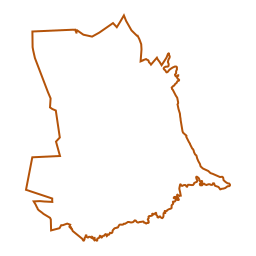 outline of Xilitla, San Luis Potosí, Mexico
{"feature_id": "50627088B96326519449072", "entity_name": "Xilitla", "entity_type": "district", "adm_level": 2, "iso_a3": "MEX", "parent_name": "Mexico", "parent_adm1": "San Luis Potosí", "projection": "equal_earth", "projection_center": [-98.973, 21.391], "detail": "fine", "context": "isolated", "style": "outline", "palette": "amber", "viewbox_px": 256, "rotation_deg": 0, "n_neighbors": 0, "source": "geoboundaries", "source_scale": "gbopen_adm2", "svg_char_len": 5856}
<svg xmlns="http://www.w3.org/2000/svg" viewBox="0 0 256 256"><path d="M171.0,208.5L171.6,207.9L171.6,205.9L171.6,205.4L171.9,205.0L172.9,204.1L173.2,203.3L172.9,202.0L173.0,201.7L173.6,201.6L174.2,201.7L174.9,201.4L175.5,200.6L175.8,199.6L176.4,199.5L177.8,200.0L178.4,200.0L178.8,199.7L178.5,199.0L178.2,197.9L177.9,197.7L177.0,198.0L174.3,198.3L173.8,198.0L173.8,197.7L174.2,197.1L174.3,197.0L176.5,196.8L176.9,196.7L177.2,196.3L177.1,195.0L177.4,194.7L178.9,195.7L179.6,196.0L180.0,195.8L180.2,195.3L180.7,195.4L180.1,192.2L179.3,188.8L179.5,187.4L180.1,184.7L180.3,184.4L180.6,184.4L181.5,185.6L182.1,185.9L183.9,185.1L185.1,185.0L185.7,185.3L186.6,186.6L187.1,186.7L187.3,186.4L187.4,185.7L188.1,184.8L189.2,184.8L191.9,185.1L193.0,185.0L193.9,184.0L194.1,183.2L195.0,182.6L195.8,182.2L196.6,182.0L197.2,181.1L197.3,180.5L196.5,178.8L196.2,177.6L196.2,177.1L196.4,176.8L196.8,176.7L197.5,177.1L198.7,178.1L199.4,179.5L199.4,180.1L199.5,180.5L200.3,181.7L200.7,181.8L201.0,181.6L201.3,181.1L201.6,181.0L201.8,181.0L202.1,181.3L202.1,181.9L201.7,183.0L201.4,183.3L200.4,183.5L200.0,183.7L199.8,184.0L200.1,185.0L200.3,185.2L200.9,185.1L201.1,185.3L201.6,185.3L202.2,185.2L203.4,183.7L203.8,183.6L204.1,183.7L204.7,184.3L206.4,185.0L208.1,184.4L209.0,184.2L210.1,184.4L211.0,184.9L212.0,184.9L212.6,184.4L213.1,183.3L213.9,183.3L214.3,184.0L214.8,185.5L215.4,185.9L218.3,186.9L219.1,187.7L219.8,188.8L220.2,189.3L220.6,189.3L221.7,188.8L223.4,188.6L225.3,188.0L227.1,186.6L227.6,186.3L229.3,186.1L229.9,185.5L230.0,185.0L229.9,184.5L229.1,183.5L228.0,183.4L227.1,183.0L225.6,182.0L223.6,180.2L223.1,177.5L222.2,176.8L219.9,177.0L212.6,173.8L210.5,173.1L208.3,171.0L202.9,168.5L200.6,166.4L199.9,163.9L198.4,161.3L197.2,158.5L196.4,155.5L195.1,154.4L194.0,152.1L193.6,150.3L193.2,149.7L193.1,149.3L192.2,148.5L190.0,144.1L190.0,143.7L189.0,142.2L186.2,136.7L186.5,135.9L185.9,135.1L185.4,134.8L183.0,132.6L182.5,131.2L180.6,119.9L180.6,119.0L180.2,116.8L179.9,113.6L178.5,109.0L177.9,106.1L177.7,105.0L177.5,104.5L178.1,103.2L178.1,102.2L177.2,97.7L175.8,95.6L172.7,89.6L172.1,89.1L171.7,87.5L172.4,86.9L173.1,86.1L174.1,85.6L174.7,84.8L174.7,84.6L175.3,83.9L176.6,82.9L177.3,81.4L177.5,81.2L178.7,80.7L179.0,80.5L179.1,80.1L179.1,79.9L178.8,79.5L177.8,78.8L177.1,77.7L177.1,77.2L177.5,76.2L178.2,75.8L178.2,75.3L177.7,75.4L176.9,76.3L176.5,76.5L176.0,76.4L175.7,76.3L175.0,74.9L175.0,74.6L176.0,73.4L176.1,73.0L176.1,71.3L176.3,70.7L176.9,69.5L176.9,67.3L176.6,66.8L176.3,66.6L175.0,66.5L172.7,67.5L170.7,68.8L169.4,69.8L167.7,71.9L166.9,72.3L166.5,72.3L166.2,72.0L165.3,70.4L164.1,69.4L163.7,68.7L163.7,68.2L164.2,67.5L165.6,66.7L167.7,66.6L168.4,66.1L168.6,65.4L168.7,64.1L168.0,62.3L167.9,61.9L168.5,59.5L169.5,57.8L169.7,57.0L169.7,56.4L169.0,54.7L169.0,53.6L168.6,53.4L168.0,53.8L166.6,57.4L165.7,58.9L161.6,65.2L159.6,61.9L157.7,59.4L156.9,57.7L151.0,64.6L150.5,63.8L148.9,62.1L148.5,60.6L147.8,60.0L147.7,59.4L147.6,59.7L147.4,59.9L146.8,59.6L146.5,59.5L146.3,59.2L146.0,59.1L143.0,60.2L142.8,60.3L142.8,60.5L140.6,61.4L141.5,49.4L141.2,44.2L139.4,39.3L137.6,35.7L137.0,35.8L131.5,30.4L126.1,20.9L123.9,15.4L120.1,21.9L116.8,27.2L113.0,23.1L99.3,32.6L92.1,36.6L83.4,34.7L77.1,30.3L76.6,31.0L76.5,32.6L76.3,32.6L76.1,31.9L75.7,31.2L75.3,29.7L73.4,29.8L73.2,29.7L32.4,31.5L32.6,47.2L33.2,50.5L34.9,58.0L48.0,92.3L50.6,98.4L50.0,107.4L52.3,109.0L55.8,110.5L59.8,137.5L56.0,141.6L60.0,156.0L32.3,157.3L26.0,189.8L52.2,198.5L52.2,200.8L52.3,201.9L44.2,201.5L39.9,201.1L33.7,201.4L35.7,204.7L36.7,206.9L37.2,207.6L37.7,209.0L38.6,210.1L42.1,212.7L43.5,213.9L50.0,217.8L50.8,219.4L51.1,230.4L59.5,228.2L61.2,225.2L62.8,225.2L67.2,223.6L70.2,224.7L69.4,226.6L69.5,226.9L70.4,227.8L70.8,227.2L71.0,227.3L70.9,228.3L71.0,228.4L71.1,228.2L71.7,228.6L71.6,229.1L72.1,229.4L72.3,230.2L72.8,231.1L82.4,238.9L82.7,239.7L83.4,240.6L83.8,240.6L84.1,240.2L84.5,239.3L84.8,237.6L85.6,236.7L85.8,235.4L86.0,235.3L86.4,235.4L86.5,236.1L86.4,236.3L86.7,237.0L87.8,237.5L88.1,237.5L88.8,236.9L89.7,236.8L90.2,236.9L91.3,237.7L91.7,237.3L91.9,237.4L92.1,236.8L92.3,236.9L92.3,237.1L92.6,238.4L93.3,238.8L94.2,237.9L94.6,237.9L94.7,238.5L94.4,239.4L94.3,240.2L94.5,240.4L95.1,240.1L96.0,240.1L96.6,240.4L96.7,240.6L96.9,240.6L97.2,240.5L97.3,238.8L97.5,238.5L98.6,238.1L99.2,237.7L99.7,236.2L100.0,235.8L101.1,236.3L101.3,236.8L101.2,237.2L101.4,237.5L101.7,237.5L102.1,237.1L102.7,236.2L103.4,235.8L104.2,235.7L104.8,234.7L105.6,234.1L105.8,234.1L106.3,234.6L106.6,235.4L106.6,235.8L106.8,236.1L107.6,235.2L107.6,234.8L107.9,234.4L108.7,234.7L109.2,234.5L110.0,232.8L111.5,233.1L112.0,232.8L112.5,232.0L112.6,230.7L113.0,230.0L113.8,229.2L114.1,228.7L114.6,228.4L115.1,228.1L116.7,227.8L117.0,227.5L117.7,227.5L118.0,227.3L118.9,225.5L119.5,224.8L120.0,224.6L121.2,224.6L121.5,224.7L122.9,224.6L123.7,223.8L124.2,223.7L124.8,223.9L126.2,223.1L127.9,222.0L129.0,222.0L131.0,222.5L132.8,222.2L133.7,221.6L133.8,221.4L134.6,220.5L134.9,220.4L135.1,220.6L135.8,220.7L136.8,222.0L137.5,222.4L138.5,222.5L139.5,222.0L141.0,221.9L143.2,221.5L143.6,221.7L144.2,222.7L144.9,222.7L145.5,223.1L145.7,223.3L146.2,223.5L147.3,222.8L147.6,223.0L148.3,222.9L148.7,222.5L148.6,221.4L148.6,221.1L147.8,219.5L147.9,219.1L148.6,218.4L148.7,218.1L148.5,216.8L149.0,216.2L149.4,216.0L149.9,216.1L151.4,215.8L152.1,215.5L152.4,215.0L152.3,214.2L152.2,214.0L152.3,213.9L152.8,213.7L153.7,214.4L155.7,212.9L156.0,212.9L156.2,213.2L156.1,214.6L156.2,214.8L157.1,215.6L157.4,216.3L157.5,217.2L157.8,217.4L158.4,217.5L158.7,217.3L159.2,216.7L159.9,216.4L160.6,217.2L161.7,218.0L162.3,218.1L163.1,217.3L163.3,216.7L163.5,215.9L163.5,213.9L163.7,213.1L163.9,213.0L164.5,213.1L165.2,213.0L165.2,212.4L164.8,212.0L164.6,211.6L164.6,211.4L164.8,211.0L165.1,211.0L166.1,211.2L166.5,211.1L166.8,210.9L167.3,210.1L169.2,209.1L170.3,208.8L171.0,208.5Z" fill="none" stroke="#b45309" stroke-width="2"/></svg>